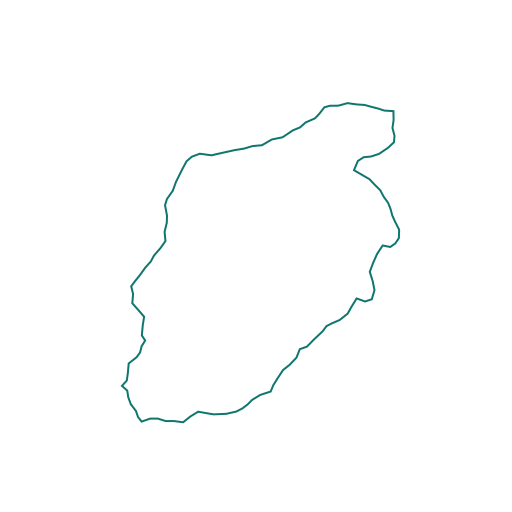 outline of Mirassolândia, São Paulo, Brazil, rotated 222°
{"feature_id": "56859067B44957908487637", "entity_name": "Mirassolândia", "entity_type": "district", "adm_level": 2, "iso_a3": "BRA", "parent_name": "Brazil", "parent_adm1": "São Paulo", "projection": "albers", "projection_center": [-49.488, -20.597], "detail": "fine", "context": "isolated", "style": "outline", "palette": "teal", "viewbox_px": 512, "rotation_deg": 222, "n_neighbors": 0, "source": "geoboundaries", "source_scale": "gbopen_adm2", "svg_char_len": 1650}
<svg xmlns="http://www.w3.org/2000/svg" viewBox="0 0 512 512"><g transform="rotate(222 256 256)"><path d="M250.8,455.6L258.0,449.9L263.9,447.3L269.8,444.2L276.4,440.9L282.5,436.1L290.3,430.8L295.4,422.8L301.7,417.0L304.7,412.2L304.1,404.0L304.3,397.7L308.5,388.4L309.3,381.1L312.7,374.0L315.7,362.0L322.2,353.2L325.7,342.3L332.1,335.4L336.7,327.9L343.0,320.0L350.5,309.5L356.4,301.1L366.2,294.4L370.1,286.9L371.0,280.0L369.0,271.7L366.9,264.1L365.0,257.4L361.5,248.8L360.3,238.7L357.6,232.9L349.0,226.3L344.6,221.1L340.1,212.8L333.3,206.5L332.3,198.2L332.1,188.0L330.5,181.5L330.5,173.4L329.4,163.3L329.1,156.6L328.5,150.0L321.9,145.5L316.3,138.1L308.0,137.2L298.5,136.0L293.9,128.9L287.7,120.6L281.8,119.0L280.6,112.3L277.6,106.8L277.0,100.9L278.7,91.0L272.8,83.1L268.7,77.0L268.7,69.8L261.6,69.8L256.5,65.6L249.9,62.1L241.5,60.5L235.9,57.4L230.2,56.4L225.8,64.4L220.1,69.5L212.7,72.9L206.3,78.6L198.9,83.7L197.4,92.8L194.8,101.6L187.7,106.0L181.6,109.9L172.5,118.8L166.5,127.3L164.1,133.7L162.9,140.1L162.6,146.4L159.9,155.6L154.4,165.1L156.7,171.6L158.2,180.1L159.6,189.4L158.2,197.6L157.9,207.5L161.1,216.1L157.5,222.7L157.1,232.3L156.1,244.7L156.7,251.1L154.4,257.1L151.0,264.4L149.3,274.5L151.0,281.8L152.8,291.8L144.5,295.2L141.0,301.3L145.1,309.9L152.3,315.3L160.9,320.4L164.2,328.9L167.4,338.5L168.9,348.6L162.3,352.5L160.9,358.5L161.8,364.9L167.2,371.3L176.7,375.0L182.0,377.4L187.7,381.1L193.4,383.9L200.8,385.5L207.6,388.0L215.6,388.4L223.1,389.0L240.6,385.3L243.9,394.8L242.1,401.4L237.1,406.9L232.9,414.2L230.3,424.7L229.6,432.9L233.5,438.0L240.3,442.5L244.7,449.1L250.8,455.6Z" fill="none" stroke="#0f766e" stroke-width="2"/></g></svg>